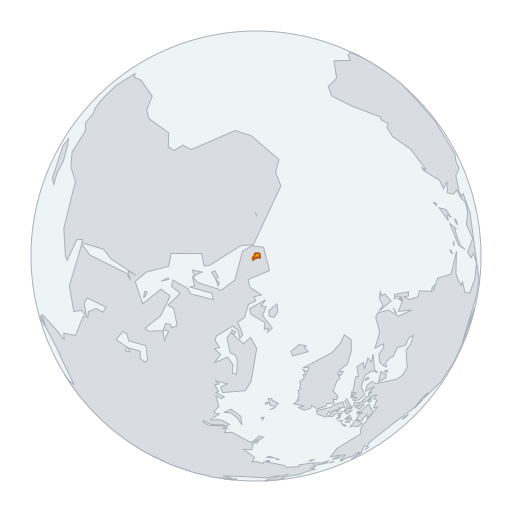 globe centered on Badajoz, rotated 167°
{"feature_id": "ESP-5807", "entity_name": "Badajoz", "entity_type": "Autonomous Community", "adm_level": 1, "iso_a3": "ESP", "parent_name": "Spain", "parent_adm1": "", "projection": "orthographic", "projection_center": [-5.947, 38.694], "detail": "fine", "context": "on_globe", "style": "filled", "palette": "amber", "viewbox_px": 512, "rotation_deg": 167, "n_neighbors": 0, "source": "natural_earth", "source_scale": "10m", "svg_char_len": 11300}
<svg xmlns="http://www.w3.org/2000/svg" viewBox="0 0 512 512"><g transform="rotate(167 256 256)"><circle cx="256" cy="256" r="225" fill="#eef3f6" stroke="#a8b0b8"/><path d="M75.4,390.7L65.1,373.1L60.3,364.2L51.1,346.9L39.3,310.3L39.9,303.3L38.4,295.7L43.2,289.5L43.7,273.1L42.5,268.0L40.2,270.2L37.7,250.4L39.1,235.7L44.0,183.2L47.2,174.1L51.5,165.2L74.8,124.7L54.6,156.6L59.6,146.7L67.6,133.4L68.1,133.3L80.1,117.1L87.5,107.7L105.0,91.1L124.3,79.8L118.9,84.2L124.2,81.5L131.3,76.1L134.7,73.2L162.4,60.8L187.3,49.0L191.0,45.3L193.4,46.6L197.8,40.4L208.7,36.6L198.9,41.0L199.8,41.8L208.4,38.9L211.2,39.1L217.0,38.1L219.5,38.7L213.6,41.9L215.2,42.6L221.2,40.6L227.6,40.6L218.5,43.2L228.7,43.5L220.7,50.2L194.4,59.0L192.3,65.2L171.6,81.6L175.9,81.4L170.7,88.2L173.8,90.8L169.0,93.6L175.6,93.3L179.3,90.2L183.4,89.2L185.5,90.6L179.9,94.3L178.0,94.1L177.4,96.0L173.7,97.3L176.8,97.4L169.7,102.1L179.8,99.7L176.7,105.2L171.2,107.8L167.8,104.6L146.5,104.4L139.8,107.0L133.8,113.3L130.9,130.7L125.2,135.2L120.4,143.3L125.3,141.9L130.8,135.2L138.8,135.1L144.7,127.4L148.8,126.5L156.4,120.3L159.4,124.6L158.3,132.4L152.2,137.9L151.5,141.7L160.8,139.5L152.7,153.5L153.1,169.4L150.5,173.0L139.3,173.7L130.6,165.3L116.1,168.3L129.8,170.0L123.1,179.9L123.8,183.3L126.6,185.2L130.8,183.1L129.4,187.5L115.4,186.8L116.5,182.8L120.9,182.8L116.8,179.2L107.3,179.8L104.6,185.3L93.1,182.1L91.1,186.1L87.4,188.0L91.4,181.6L84.0,193.4L70.0,194.6L59.6,215.3L65.2,194.1L64.4,187.2L62.4,181.1L60.6,184.3L60.5,173.3L56.0,172.0L47.9,184.5L42.8,199.4L43.5,209.7L46.7,206.0L49.0,211.7L40.9,224.4L43.9,239.2L39.9,251.2L39.9,261.5L42.9,265.8L45.6,275.2L49.7,271.8L55.3,274.5L53.2,285.4L58.1,279.3L60.0,288.3L72.6,300.8L71.1,302.3L81.4,325.5L96.1,341.8L99.5,351.9L97.4,355.3L103.3,360.3L103.4,363.4L130.1,381.4L146.3,395.0L147.5,404.9L137.4,411.1L136.1,428.7L120.0,425.4L121.3,430.8L118.2,433.3L107.7,425.3L116.3,432.7L115.8,432.3L101.2,419.6L87.7,405.7L75.4,390.7ZM56.2,221.2L59.8,244.0L54.7,237.6L56.2,237.3L55.9,230.1L54.4,220.1L50.8,215.3L56.2,221.2ZM64.5,216.5L63.7,213.4L64.9,215.6L64.5,216.5ZM135.7,72.1L131.1,76.0L123.7,81.1L127.2,77.7L135.7,72.1ZM150.3,63.7L148.9,65.2L143.2,67.3L145.7,65.7L150.3,63.7ZM193.1,43.0L188.8,44.8L192.0,43.1L193.1,43.0ZM217.3,37.8L217.6,37.3L220.5,37.0L217.3,37.8ZM154.2,118.5L155.2,119.4L153.3,120.1L154.2,118.5ZM156.5,115.1L153.4,115.2L154.1,113.6L155.9,113.5L156.5,115.1ZM227.1,38.0L231.6,37.9L226.0,38.5L227.1,38.0ZM160.1,115.4L155.6,110.8L156.8,108.1L164.9,105.8L160.1,115.4ZM233.5,38.3L244.5,38.7L246.1,37.4L247.6,41.6L237.8,39.6L230.6,40.3L234.3,39.1L233.5,38.3ZM179.5,88.7L175.7,92.0L176.9,88.1L179.5,88.7ZM179.3,86.5L177.3,77.0L184.1,73.2L183.4,77.0L190.6,71.5L194.9,74.2L191.9,77.9L186.7,79.7L192.3,79.5L179.3,86.5ZM246.7,44.1L248.5,44.9L245.5,44.7L246.7,44.1ZM185.1,88.5L184.1,86.7L189.9,83.3L193.0,86.2L190.1,86.3L185.1,88.5ZM190.4,68.8L195.3,67.0L200.1,68.7L202.6,68.3L195.6,74.0L190.4,68.8ZM189.9,87.8L194.4,87.8L193.6,90.8L186.5,90.0L189.9,87.8ZM190.1,81.2L193.0,79.8L192.4,81.5L190.1,81.2ZM193.4,102.0L192.0,99.6L194.9,97.6L193.4,102.0ZM196.2,87.7L196.4,86.6L197.4,85.7L200.2,86.3L196.2,87.7ZM199.5,75.0L200.5,76.2L202.6,72.7L206.3,74.1L201.0,77.8L204.8,76.8L206.0,77.2L200.3,79.8L199.5,75.0ZM205.9,84.1L200.4,89.8L202.3,94.5L199.7,96.4L197.2,88.6L205.9,84.1ZM203.1,81.3L204.3,83.4L200.5,84.5L197.4,83.8L203.1,81.3ZM210.8,73.8L206.5,70.7L207.8,70.0L210.8,73.8ZM207.2,85.2L208.5,83.9L207.8,85.4L207.2,85.2ZM210.5,77.0L208.8,75.9L210.4,75.1L210.5,77.0ZM212.6,82.2L210.8,83.9L208.6,83.4L212.6,82.2ZM212.2,79.6L214.8,78.9L208.9,82.2L211.2,79.2L212.2,79.6ZM212.3,76.5L212.6,75.7L212.7,77.0L212.3,76.5ZM221.8,83.5L215.0,87.8L210.2,86.5L217.5,82.4L221.8,83.5ZM386.9,72.6L386.6,72.4L396.0,79.6L390.8,75.9L400.7,83.8L402.8,85.2L397.2,80.5L410.1,91.6L422.1,103.8L433.1,116.8L443.1,130.6L452.1,145.1L459.9,160.3L466.6,176.0L465.9,174.2L469.1,183.6L466.6,177.2L462.0,171.3L465.3,184.9L472.2,216.6L477.0,234.5L477.7,247.5L468.9,232.3L461.7,217.9L460.6,224.2L449.9,219.1L437.4,236.6L433.7,233.8L431.8,239.4L423.9,240.8L417.6,235.7L413.7,240.0L430.0,253.1L434.0,248.5L434.7,236.5L438.7,242.5L446.0,242.8L444.6,268.7L423.0,306.9L417.8,294.4L385.3,267.7L384.6,262.6L384.3,262.1L383.7,261.3L383.9,270.2L377.3,264.2L398.0,285.9L402.8,296.8L422.7,308.0L421.6,311.3L427.1,312.1L440.9,294.3L441.7,298.9L437.0,326.2L415.2,369.3L416.3,384.2L411.8,398.7L394.3,415.9L392.0,424.3L382.4,431.6L379.2,436.5L369.3,444.4L354.3,453.6L332.8,460.9L334.5,457.7L328.4,453.0L321.2,435.1L329.8,422.4L329.2,413.7L313.3,395.6L317.0,381.9L312.0,377.3L302.1,380.4L295.9,374.5L289.6,375.2L248.1,383.0L233.5,374.1L211.9,344.7L218.1,333.1L216.0,318.7L256.1,267.5L268.1,269.6L303.7,257.2L308.8,258.1L308.5,270.6L338.3,277.6L343.4,265.6L366.5,265.0L379.4,258.4L377.2,234.9L356.0,245.1L348.5,236.3L362.4,219.1L380.3,210.6L378.0,207.0L363.4,204.1L364.2,194.4L358.0,202.5L363.0,205.0L359.2,210.4L354.4,208.6L354.9,205.0L348.5,205.9L347.9,223.4L352.8,227.8L338.2,236.8L345.1,245.2L342.3,251.3L329.6,239.5L328.4,233.9L307.4,223.0L307.4,229.6L327.2,240.6L322.5,240.7L322.7,250.7L318.8,243.3L297.2,230.4L281.9,237.5L268.0,263.7L257.8,266.8L246.7,263.0L246.1,238.8L268.9,234.8L269.0,227.0L259.5,216.9L267.2,216.8L266.2,212.5L274.3,210.6L281.0,198.5L288.6,195.8L286.6,182.4L290.2,179.4L290.3,188.0L294.5,192.9L312.6,186.9L314.8,183.1L312.1,175.1L317.4,174.8L312.5,167.9L320.7,161.3L306.5,163.9L302.9,155.4L305.3,147.1L301.6,145.0L297.6,158.7L298.3,163.9L303.0,167.4L302.7,183.0L297.5,187.1L288.1,173.2L279.6,177.8L276.1,165.8L289.0,135.0L296.7,127.2L319.2,130.4L320.0,136.3L312.4,137.9L323.7,143.6L320.7,139.7L325.2,139.7L322.9,132.4L325.9,132.1L318.5,125.8L322.0,124.7L326.6,128.7L326.1,117.7L332.1,113.9L330.5,111.7L327.2,110.3L337.0,106.9L335.4,105.5L331.6,105.9L325.9,103.4L319.7,97.8L323.5,97.0L326.2,98.8L337.5,101.9L344.2,107.5L345.1,106.6L340.2,101.6L326.4,97.8L321.6,94.8L328.1,95.7L325.4,95.1L324.2,93.4L326.5,91.0L319.3,89.7L301.0,73.8L303.7,68.2L311.5,70.4L302.7,60.2L306.3,55.9L302.8,56.2L296.2,52.3L294.9,53.5L292.7,53.4L275.2,45.3L274.0,43.2L262.4,41.2L260.6,41.5L260.8,42.8L247.6,41.6L246.1,37.4L250.3,36.9L246.6,35.1L256.7,34.4L263.3,33.4L276.6,34.4L280.7,34.0L278.7,33.4L282.8,32.9L298.1,34.7L294.4,35.6L273.3,36.0L282.7,35.7L283.1,36.7L288.1,37.3L294.5,37.4L293.6,36.8L317.2,43.7L337.7,49.2L330.0,45.2L330.5,44.4L347.1,50.0L366.0,59.4L386.9,72.6ZM246.6,294.4L246.5,299.0L246.6,294.4ZM402.5,212.5L411.2,206.0L401.8,196.0L404.4,192.8L400.2,190.8L401.1,195.3L390.2,189.2L391.9,182.2L388.0,177.3L384.9,179.4L383.5,193.4L399.1,202.0L399.4,209.0L402.5,212.5ZM73.1,301.1L74.4,304.7L72.1,302.7L73.1,301.1ZM52.5,241.0L53.9,244.1L54.2,247.3L52.8,245.6L52.5,241.0ZM68.9,264.6L71.4,268.6L68.1,266.3L68.9,264.6ZM60.7,247.3L66.8,261.8L60.7,258.6L57.0,249.6L60.4,253.2L60.7,247.3ZM60.7,221.5L61.2,224.1L60.0,225.5L60.7,221.5ZM65.5,218.2L65.0,217.7L65.3,215.2L65.5,218.2ZM124.0,179.9L125.0,180.1L127.2,182.8L124.8,183.0L124.0,179.9ZM145.4,186.9L142.7,193.9L142.9,188.8L139.0,190.2L134.6,181.7L149.0,174.4L143.3,179.1L145.4,186.9ZM132.8,169.1L133.9,174.8L132.1,168.9L132.8,169.1ZM252.3,192.2L256.7,194.4L255.8,199.8L246.2,204.6L247.3,196.8L252.3,192.2ZM262.9,196.5L256.3,182.2L262.0,179.1L260.0,183.1L264.4,182.5L262.2,189.0L274.1,200.6L274.1,206.1L256.4,211.2L262.2,206.3L257.6,204.2L262.9,196.5ZM229.4,156.0L226.7,151.1L242.6,150.4L243.4,155.2L233.9,160.0L227.4,157.2L229.4,156.0ZM175.2,112.7L173.1,111.8L174.6,110.7L177.7,110.5L175.2,112.7ZM192.5,101.1L186.0,115.9L183.2,115.5L182.7,125.3L175.3,128.2L175.9,121.6L169.8,131.5L167.3,126.8L164.0,133.8L166.1,118.8L163.7,115.3L169.2,118.0L176.1,115.3L178.3,113.1L182.9,104.6L181.1,96.3L187.6,92.9L192.7,92.6L194.1,94.1L189.4,95.7L194.7,96.5L189.0,100.1L192.5,101.1ZM248.7,98.8L242.6,99.0L252.3,103.4L246.6,106.1L248.1,106.4L245.5,110.2L245.0,115.6L241.9,116.3L243.0,118.2L241.3,120.9L241.8,123.8L236.4,126.1L236.6,130.0L233.9,128.9L235.7,135.0L231.9,131.6L229.4,135.2L234.4,136.6L203.9,144.6L194.0,151.5L187.7,159.3L182.1,153.1L184.4,142.2L191.1,130.4L201.4,125.1L197.0,123.6L200.6,120.6L202.6,123.1L201.8,117.7L205.3,116.0L211.2,107.1L207.8,101.0L209.9,97.8L213.0,99.4L212.9,95.2L220.2,96.2L221.8,94.1L230.6,93.2L235.6,98.0L237.1,95.3L243.9,94.9L248.7,98.8ZM224.3,83.4L231.6,87.9L232.1,91.8L216.5,91.7L214.0,93.5L204.1,94.2L203.6,88.8L206.5,89.0L209.2,88.0L208.3,90.1L211.0,87.7L215.1,88.1L218.3,86.4L219.8,88.3L224.3,83.4ZM312.3,252.5L315.8,252.1L320.8,250.1L320.9,256.6L312.3,252.5ZM297.5,243.9L300.3,242.4L303.0,250.1L299.4,250.7L297.5,243.9ZM299.6,235.4L300.3,241.8L297.7,238.7L299.6,235.4ZM292.7,186.4L295.5,184.6L296.7,186.3L296.2,189.5L292.7,186.4ZM276.1,114.4L272.6,113.4L272.9,112.2L267.4,107.3L271.2,105.2L275.9,107.4L276.1,114.4ZM374.9,240.4L372.6,246.4L370.0,245.4L371.3,243.5L374.9,240.4ZM346.5,252.8L354.1,252.8L346.5,254.5L346.5,252.8ZM279.3,111.3L276.6,109.5L280.2,109.6L279.3,111.3ZM273.6,103.5L277.4,103.1L271.0,104.4L273.6,103.5ZM437.1,377.3L419.2,406.9L412.4,412.4L414.1,407.3L422.7,391.3L431.6,381.1L436.8,371.4L437.1,377.3ZM477.5,235.5L479.6,242.0L479.6,246.8L477.5,235.5ZM307.6,94.4L311.0,103.2L315.9,108.9L322.6,110.8L314.6,112.2L307.0,103.4L307.6,94.4ZM301.5,76.2L295.6,75.1L297.1,73.5L298.6,73.6L301.5,76.2ZM298.7,77.0L293.5,79.7L289.5,77.8L294.4,76.0L298.7,77.0ZM286.7,94.7L287.4,97.4L284.5,97.1L286.7,94.7ZM337.5,46.0L338.0,46.2L328.1,43.9L324.4,43.1L328.6,42.8L331.4,43.9L335.0,45.0L337.5,46.0ZM250.1,44.2L248.6,44.8L248.3,43.9L250.1,44.2ZM292.2,54.2L289.2,53.9L289.0,52.6L292.2,54.2ZM280.6,52.6L283.0,54.2L279.0,52.8L280.6,52.6ZM288.6,58.0L283.2,55.0L290.6,57.4L288.6,58.0Z" fill="#d9dde1" stroke="#a8b0b8" stroke-width="1"/><path d="M251.9,256.3L251.9,256.2L251.9,255.9L252.1,255.7L252.3,255.5L252.5,255.5L252.5,255.4L252.6,255.2L252.8,254.8L252.9,254.7L252.8,254.4L252.7,254.4L252.4,254.4L252.3,254.2L252.2,254.1L252.0,253.9L252.0,253.7L252.3,253.5L252.3,253.4L252.5,253.3L252.6,253.5L252.7,253.3L252.7,253.2L253.1,253.3L253.3,253.3L253.5,253.4L253.5,253.5L253.4,253.8L253.5,254.0L253.8,254.1L254.1,254.1L254.7,254.2L254.9,254.1L254.9,254.3L255.1,254.4L255.2,254.5L255.3,254.6L255.6,254.5L255.8,254.3L255.8,254.5L256.0,254.4L256.1,254.5L256.3,254.4L256.4,254.2L256.5,254.3L256.8,254.5L256.9,254.4L257.0,254.4L257.1,254.2L257.3,254.0L257.5,254.1L257.8,254.0L257.8,253.9L257.8,253.6L258.1,253.6L258.3,253.6L258.5,253.5L258.5,253.4L258.6,253.2L258.7,253.4L258.9,253.3L259.0,253.2L259.2,253.3L259.3,253.3L259.4,253.2L259.6,253.2L259.8,253.0L259.8,253.3L259.7,253.5L259.7,253.8L259.8,253.9L259.9,254.0L259.7,254.0L259.4,254.0L259.3,254.4L259.3,254.5L259.2,254.6L259.1,254.8L259.3,255.0L259.2,255.2L259.1,255.3L259.0,255.7L259.0,255.8L258.9,255.8L258.7,255.9L258.4,255.9L258.4,256.0L258.1,256.2L258.0,256.3L257.9,256.4L257.7,256.5L257.5,256.8L257.4,256.9L257.2,257.0L257.2,257.3L257.2,257.5L257.3,257.5L257.3,257.8L257.3,258.0L257.1,258.2L256.9,258.2L256.9,258.3L256.7,258.4L256.7,258.2L256.8,258.1L256.7,258.0L256.4,258.0L256.2,258.2L256.1,258.3L256.1,258.5L255.9,258.7L255.8,258.8L255.7,258.8L255.4,258.9L255.3,259.0L255.2,258.9L254.8,258.7L254.7,258.7L254.4,258.5L254.2,258.6L254.0,258.4L253.9,258.4L253.7,258.3L253.4,258.3L253.3,258.2L253.0,257.9L252.9,257.9L252.7,257.9L252.6,258.0L252.4,258.0L252.2,257.6L251.8,257.0L251.7,257.0L251.7,256.9L251.7,256.7L251.8,256.5L251.9,256.3L251.9,256.3Z" fill="#f59e0b" stroke="#b45309" stroke-width="1.5"/></g></svg>